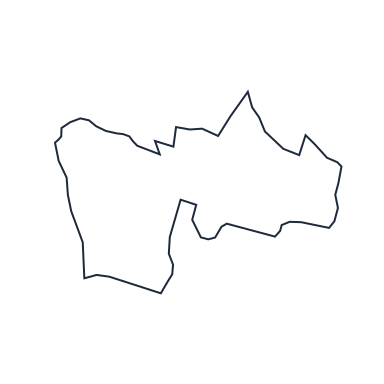 the District of Kitgum, rotated 195°
{"feature_id": "UGA-3096", "entity_name": "Kitgum", "entity_type": "District", "adm_level": 1, "iso_a3": "UGA", "parent_name": "Uganda", "parent_adm1": "", "projection": "orthographic", "projection_center": [33.268, 3.395], "detail": "fine", "context": "isolated", "style": "outline", "palette": "slate", "viewbox_px": 384, "rotation_deg": 195, "n_neighbors": 0, "source": "natural_earth", "source_scale": "10m", "svg_char_len": 959}
<svg xmlns="http://www.w3.org/2000/svg" viewBox="0 0 384 384"><g transform="rotate(195 192 192)"><path d="M249.9,88.8L262.7,87.2L273.6,80.8L274.1,82.1L284.5,115.1L303.7,142.2L311.2,157.2L316.8,173.4L328.8,187.5L337.1,204.2L334.6,207.9L332.7,211.8L334.6,220.0L327.7,227.9L318.9,234.2L310.1,234.6L301.6,230.7L291.0,228.7L280.2,229.1L273.4,230.1L266.9,229.5L262.0,225.6L256.8,222.5L232.9,220.0L240.9,231.7L221.7,231.0L224.2,250.6L210.3,251.8L198.6,255.8L181.3,252.9L174.3,275.6L164.0,303.2L155.8,289.3L146.4,281.4L137.2,269.3L114.9,257.3L98.0,255.4L97.0,276.3L86.3,270.2L70.4,260.0L59.4,258.4L54.2,255.3L52.9,238.5L52.9,226.4L46.9,214.3L46.9,200.5L50.3,192.8L78.7,191.1L89.9,188.5L96.8,183.3L96.8,177.3L100.3,170.4L150.2,170.4L154.5,166.1L157.9,154.0L164.0,150.5L171.7,150.5L184.6,165.2L184.6,180.7L201.0,181.6L201.8,142.8L198.4,126.4L191.5,116.9L189.8,107.4L192.4,98.8L195.9,86.1L202.6,86.4L249.9,88.8Z" fill="none" stroke="#1e293b" stroke-width="2"/></g></svg>